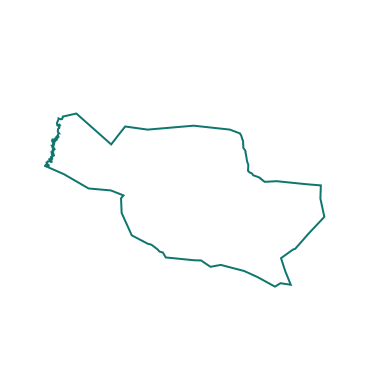 the district of Tarialan, Uvs, Mongolia, rotated 241°
{"feature_id": "93677404B95809249566268", "entity_name": "Tarialan", "entity_type": "district", "adm_level": 2, "iso_a3": "MNG", "parent_name": "Mongolia", "parent_adm1": "Uvs", "projection": "robinson", "projection_center": [92.281, 49.747], "detail": "fine", "context": "isolated", "style": "outline", "palette": "teal", "viewbox_px": 384, "rotation_deg": 241, "n_neighbors": 0, "source": "geoboundaries", "source_scale": "gbopen_adm2", "svg_char_len": 5195}
<svg xmlns="http://www.w3.org/2000/svg" viewBox="0 0 384 384"><g transform="rotate(241 192 192)"><path d="M69.0,218.7L69.3,225.2L63.0,233.4L77.6,235.2L91.0,237.8L92.7,252.3L92.3,254.8L94.3,260.4L99.1,273.8L106.1,295.7L124.0,301.1L135.3,307.9L143.5,295.6L160.4,271.3L165.4,261.0L165.7,260.5L166.2,260.4L166.6,260.0L167.3,259.7L167.9,259.6L168.6,259.3L168.8,259.1L169.5,258.8L169.9,258.7L170.2,258.8L170.4,258.6L170.8,258.2L171.6,258.2L172.2,257.8L173.1,257.0L175.1,255.3L176.6,253.9L177.3,253.6L178.3,253.5L179.0,253.4L179.9,253.0L180.2,252.8L180.7,252.2L181.2,251.8L181.6,251.7L183.5,251.3L185.5,252.6L186.9,253.5L187.8,254.0L188.5,254.5L190.5,254.7L192.8,255.3L194.7,255.9L195.9,256.5L197.2,256.8L198.9,257.5L199.5,257.6L200.6,257.9L200.9,258.0L201.2,258.4L201.6,258.5L203.5,258.6L205.0,258.3L205.9,258.4L206.4,258.6L206.8,258.9L207.6,259.2L208.3,259.7L209.2,259.9L210.0,260.5L211.3,261.1L212.5,261.6L213.3,261.5L213.8,261.5L214.7,261.9L215.4,261.9L216.9,262.3L217.6,262.4L218.8,262.3L219.9,262.4L228.2,255.4L249.2,225.6L268.1,183.4L281.7,165.3L277.3,154.8L272.8,144.4L316.7,128.9L320.6,115.6L320.1,115.4L319.7,114.7L319.0,114.1L318.8,113.7L318.8,113.4L319.2,112.9L319.3,112.5L319.4,112.2L320.1,111.7L320.4,111.2L320.8,111.0L321.0,110.9L320.1,110.3L319.2,109.0L318.6,108.4L318.3,107.8L317.8,107.5L317.2,107.0L316.3,106.8L315.6,106.5L315.3,106.6L315.1,106.9L315.0,107.5L315.3,107.9L315.4,108.1L315.2,108.7L314.7,108.7L314.4,108.7L314.2,108.8L314.1,108.6L314.1,108.2L314.4,108.1L314.5,107.8L314.5,107.6L314.1,107.8L313.9,107.8L313.5,107.6L313.3,107.3L313.1,107.1L312.8,106.8L312.7,106.8L312.4,107.0L312.3,106.9L312.2,106.3L312.3,106.1L312.2,105.7L311.7,105.1L310.9,104.6L310.4,104.1L310.1,104.0L309.6,103.9L309.2,104.0L308.4,104.1L308.6,103.9L308.4,103.7L308.2,103.6L307.9,103.6L307.8,103.3L307.3,103.0L307.1,102.7L306.6,102.3L306.4,102.0L306.5,101.7L306.3,101.6L306.0,101.8L305.5,102.1L305.4,102.1L305.1,102.0L304.9,101.9L304.9,101.7L305.7,101.6L306.0,101.5L306.1,101.3L305.9,100.5L306.0,100.4L306.0,100.2L305.8,99.8L305.7,99.8L305.4,99.9L305.3,100.1L305.0,100.1L304.7,99.9L304.4,100.1L304.1,100.1L303.9,99.7L304.5,99.4L304.6,99.1L304.6,98.8L304.6,98.7L304.2,98.8L304.1,98.7L303.6,98.8L303.4,98.7L303.6,98.4L304.6,98.3L304.8,98.1L304.6,98.0L303.9,97.9L303.5,97.4L303.4,96.9L303.1,97.0L303.1,96.8L302.9,96.9L302.8,96.7L303.0,96.5L302.9,96.2L303.8,95.8L303.4,95.7L303.4,95.3L303.6,95.2L303.8,95.2L304.0,95.3L304.0,95.6L304.2,95.9L304.3,96.0L304.1,96.2L304.2,96.3L304.3,96.4L304.3,96.5L304.7,96.5L304.8,96.4L304.9,96.2L305.1,96.1L305.2,95.8L305.4,95.6L305.2,95.5L304.8,96.0L304.6,96.1L304.6,95.9L304.7,95.6L304.6,95.4L304.8,95.2L304.5,95.1L304.6,94.9L304.6,94.5L304.3,94.5L304.1,94.8L303.9,95.0L303.8,94.9L303.8,94.7L303.1,94.9L302.8,94.8L302.8,94.7L303.0,94.4L302.9,94.3L302.6,94.5L302.3,94.4L302.2,94.7L302.1,94.8L301.8,95.1L301.5,95.2L301.3,94.9L301.5,94.1L301.5,93.9L301.3,93.7L301.0,94.3L300.8,94.4L300.4,94.2L300.5,93.7L300.8,93.1L300.7,92.9L300.4,93.0L300.2,93.4L299.7,93.3L299.7,92.9L300.0,92.3L300.0,92.2L299.8,92.2L299.3,92.8L299.1,92.7L299.0,92.2L298.8,92.1L299.1,91.9L298.9,91.9L298.9,91.7L298.7,91.6L298.5,92.1L298.0,92.4L297.4,92.2L297.2,92.3L297.0,92.5L296.8,92.6L296.5,92.6L296.0,92.5L296.0,92.3L296.2,92.2L296.7,92.1L297.0,92.0L297.0,91.9L296.9,91.7L296.6,91.6L296.4,91.5L296.8,91.2L296.7,91.0L296.5,90.9L296.2,90.9L296.0,90.7L296.1,90.4L296.1,90.2L295.6,89.8L295.4,89.8L295.2,90.3L294.9,90.4L294.7,90.1L294.7,89.8L294.7,89.7L295.0,89.5L295.0,89.4L294.8,89.4L294.7,89.5L294.5,89.4L294.6,89.1L293.6,89.6L293.2,89.6L293.1,89.4L293.2,89.1L293.1,88.8L293.2,88.6L293.5,88.5L293.6,88.4L292.6,88.4L292.5,88.6L292.2,88.7L292.3,88.8L292.2,88.9L291.6,89.1L291.0,89.1L290.9,89.0L290.9,88.9L291.5,88.5L291.7,88.3L292.0,87.7L291.8,87.6L291.8,87.9L291.3,87.9L290.9,87.9L290.9,87.7L291.3,87.5L290.7,87.4L290.6,87.1L290.6,86.9L290.4,86.6L290.3,86.4L290.4,86.2L290.9,86.3L291.1,86.2L291.1,85.8L291.0,85.7L290.4,85.6L290.2,85.7L289.7,85.9L288.8,85.9L288.7,85.8L288.7,85.6L289.3,85.1L290.0,85.2L289.9,84.1L289.4,83.9L289.4,83.6L289.4,83.3L289.0,83.5L288.9,83.6L288.9,83.8L289.2,83.8L288.7,84.3L288.3,84.5L287.9,84.3L287.7,83.9L287.5,83.7L287.3,83.7L286.9,84.0L286.5,84.0L286.4,83.8L286.5,83.7L286.8,83.7L286.7,83.4L286.7,83.2L286.9,83.1L287.2,83.2L287.5,83.1L287.8,83.5L288.1,83.6L288.3,83.7L288.5,83.5L288.6,83.3L288.6,83.0L288.2,82.1L288.2,81.9L288.1,81.7L288.2,81.4L288.7,80.8L288.7,80.4L288.4,80.0L287.8,79.5L287.4,79.4L287.2,79.3L287.7,78.9L287.4,78.8L287.0,78.8L286.7,78.6L286.7,78.3L286.6,78.0L286.6,77.9L286.4,78.0L286.2,78.3L286.2,78.6L286.2,78.8L285.6,78.8L285.6,79.1L285.1,79.3L285.1,79.5L284.8,79.7L284.6,79.6L284.3,79.4L284.3,79.2L284.4,78.9L284.8,78.7L284.9,78.2L285.4,78.0L285.5,78.0L285.6,77.6L285.1,77.8L284.9,77.6L284.9,77.2L285.0,77.0L285.4,76.8L286.1,76.3L286.1,76.2L285.8,76.1L284.8,77.1L269.7,88.6L245.2,103.3L232.7,121.8L222.2,130.4L220.9,126.9L207.8,120.3L183.3,118.3L168.5,128.0L167.4,128.9L166.9,129.7L166.5,130.2L164.8,131.3L159.8,133.5L158.0,134.2L156.0,134.6L155.3,135.0L154.8,135.5L154.4,136.1L153.9,136.4L153.1,137.2L147.5,137.3L130.9,161.3L127.8,166.7L117.6,171.9L114.3,181.8L97.5,199.4L85.9,208.0L69.0,218.7Z" fill="none" stroke="#0f766e" stroke-width="2"/></g></svg>